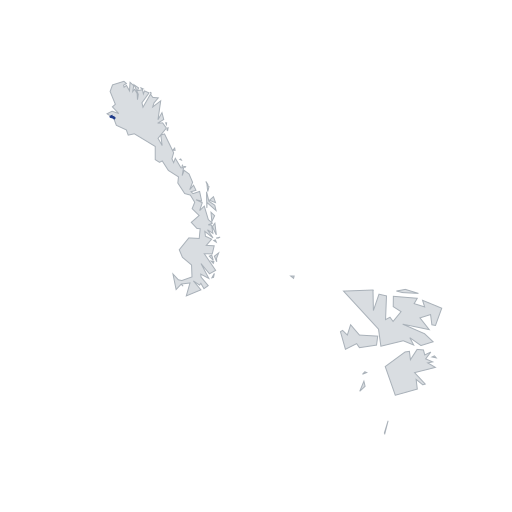 location of Marker nor, Østfold, Norway, rotated 121°
{"feature_id": "86288312B28275954576976", "entity_name": "Marker nor", "entity_type": "district", "adm_level": 2, "iso_a3": "NOR", "parent_name": "Norway", "parent_adm1": "Østfold", "projection": "mercator", "projection_center": [11.622, 59.488], "detail": "fine", "context": "in_parent", "style": "filled", "palette": "blue", "viewbox_px": 512, "rotation_deg": 121, "n_neighbors": 0, "source": "geoboundaries", "source_scale": "gbopen_adm2", "svg_char_len": 4436}
<svg xmlns="http://www.w3.org/2000/svg" viewBox="0 0 512 512"><g transform="rotate(121 256 256)"><path d="M270.2,313.7L261.4,317.9L262.8,320.8L260.5,328.8L250.6,325.6L248.3,335.1L241.5,336.2L237.6,343.6L239.2,349.3L233.7,360.6L228.1,363.2L227.8,375.2L222.8,385.3L225.4,387.0L225.3,392.0L214.0,398.8L213.9,423.2L218.2,427.8L214.7,432.1L215.9,443.0L211.1,449.1L210.8,456.9L206.0,453.9L204.6,447.0L202.1,455.9L198.4,454.7L190.1,465.8L183.2,467.1L174.3,459.2L174.9,455.9L177.8,457.5L179.3,456.0L176.5,454.9L179.6,449.5L172.0,453.4L173.0,448.5L178.5,446.4L175.6,445.9L178.0,441.5L183.1,438.1L178.1,440.1L172.1,448.5L172.4,443.2L175.3,442.8L172.0,438.9L175.1,436.0L171.9,436.6L171.3,431.7L183.4,432.7L186.7,429.5L171.8,429.8L173.2,426.1L170.8,421.2L177.3,422.3L181.5,421.3L172.1,417.6L189.7,410.2L181.6,410.4L186.5,405.4L192.8,408.7L190.0,404.6L192.5,398.7L205.6,400.6L209.7,393.3L201.4,399.9L198.5,397.3L209.9,379.8L216.0,378.1L218.4,374.7L213.8,375.5L219.1,365.7L217.6,363.6L225.1,360.7L219.6,361.7L220.2,355.6L225.5,348.3L233.3,347.0L227.5,346.0L230.6,341.3L234.4,344.8L235.0,342.1L229.7,337.6L236.9,330.9L238.7,336.4L238.0,329.5L246.1,327.7L239.9,326.0L249.4,315.6L250.3,310.3L253.9,313.0L252.4,310.0L258.8,304.6L258.5,311.1L262.6,302.2L261.3,312.5L265.1,309.5L264.4,302.7L272.5,304.1L268.8,297.1L276.7,294.6L280.7,301.5L289.1,283.2L295.2,286.7L290.8,299.3L299.5,284.9L300.0,294.0L302.4,292.2L306.0,281.7L310.8,283.8L307.8,289.2L310.0,289.4L309.6,296.9L313.4,285.8L326.1,295.2L313.1,298.7L318.5,305.6L325.9,307.2L314.2,317.9L316.4,310.3L315.2,306.9L306.9,300.1L296.9,306.6L295.0,318.4L290.2,325.0L275.1,322.9L270.2,313.7ZM238.3,60.0L247.8,68.5L246.8,82.1L251.1,75.0L252.8,86.1L269.0,102.5L255.6,113.3L241.0,162.9L224.9,138.2L242.3,127.3L225.4,130.9L223.0,123.6L243.8,112.2L239.5,109.6L241.5,104.8L229.0,103.0L228.7,112.3L219.8,117.5L209.2,96.0L215.4,95.9L212.8,85.2L208.2,90.4L205.1,69.9L223.1,66.4L224.4,69.8L216.3,76.2L224.6,83.6L229.9,69.6L238.9,95.2L235.8,71.5L238.3,60.0ZM259.1,44.9L274.3,60.0L278.6,45.0L280.5,46.7L279.3,55.2L287.0,49.2L303.6,64.9L284.2,88.3L261.5,78.8L258.7,75.4L265.4,70.2L253.1,69.8L250.3,64.1L253.9,60.4L248.3,56.7L256.8,57.6L255.8,50.1L259.2,53.8L259.1,44.9ZM270.3,106.8L281.3,120.1L279.3,124.6L289.9,131.3L277.4,144.6L275.2,143.5L276.7,137.0L266.2,139.5L270.5,126.6L262.0,110.4L270.3,106.8ZM235.4,325.5L240.1,322.9L226.4,331.5L233.3,324.6L233.7,317.5L237.6,313.7L235.4,325.5ZM242.8,312.2L249.2,311.6L241.7,317.1L242.8,312.2ZM249.1,308.1L258.3,300.9L253.4,308.5L249.1,308.1ZM204.4,97.5L211.9,111.6L213.7,117.6L207.7,110.8L204.4,97.5ZM231.1,318.2L232.2,324.6L227.1,323.0L231.1,318.2ZM281.2,286.7L277.6,291.6L272.6,289.6L278.4,288.6L281.2,286.7ZM281.8,290.3L280.2,296.0L278.1,294.4L281.8,290.3ZM220.7,332.0L225.6,330.6L220.3,334.6L220.7,332.0ZM341.6,54.8L329.2,57.9L342.0,54.1L341.6,54.8ZM311.5,95.4L318.5,97.4L307.8,99.0L311.5,95.4ZM292.4,282.7L296.2,281.4L297.4,282.6L292.4,282.7ZM284.3,288.8L283.5,291.9L282.5,289.2L284.3,288.8ZM264.6,297.2L264.5,300.2L263.1,299.1L264.6,297.2ZM255.8,212.3L255.3,216.0L253.5,213.0L255.8,212.3ZM302.5,103.8L299.2,103.1L298.9,101.1L302.5,103.8ZM207.1,379.8L208.1,381.8L205.4,381.3L207.1,379.8ZM258.3,296.5L260.2,297.7L261.2,299.4L258.3,296.5ZM250.5,49.1L251.9,53.1L249.7,51.6L250.5,49.1ZM193.8,397.3L190.8,397.6L193.9,396.4L193.8,397.3ZM189.5,400.5L188.4,402.0L187.9,401.2L189.5,400.5ZM219.5,335.2L217.9,337.4L219.7,333.7L219.5,335.2ZM171.5,439.6L171.2,441.9L170.9,438.9L171.5,439.6ZM216.4,364.0L215.7,362.4L216.7,362.5L216.4,364.0ZM319.4,302.9L318.9,305.2L318.8,304.8L319.4,302.9ZM217.3,365.6L215.5,366.0L217.6,365.2L217.3,365.6ZM212.2,369.4L212.4,371.0L211.6,370.5L212.2,369.4ZM170.7,429.7L170.0,431.1L170.2,429.9L170.7,429.7Z" fill="#d9dde1" stroke="#a8b0b8" stroke-width="1"/><path d="M210.9,448.1L210.7,448.1L210.7,448.3L210.4,448.4L210.4,448.5L210.2,448.5L210.2,448.8L210.3,448.8L210.2,448.8L210.1,449.0L209.9,449.1L210.0,449.1L210.0,449.3L210.2,449.5L210.2,449.8L210.1,450.0L210.2,450.3L210.3,450.3L210.3,450.5L210.3,450.8L210.5,451.0L210.5,451.3L210.5,451.5L210.5,451.8L210.4,451.8L210.4,452.0L210.5,452.2L210.4,452.2L210.5,452.3L210.7,452.2L210.8,452.2L211.0,452.1L211.3,452.1L211.5,452.1L211.7,452.3L211.8,452.5L211.9,452.4L211.9,452.0L211.8,451.9L211.7,451.7L211.6,451.2L211.5,450.7L211.5,450.4L211.3,450.0L211.1,449.1L211.2,448.9L211.3,448.7L211.3,448.4L211.3,448.2L211.2,448.2L210.9,448.1L210.9,448.1Z" fill="#3b82f6" stroke="#1e3a8a" stroke-width="1.5"/></g></svg>